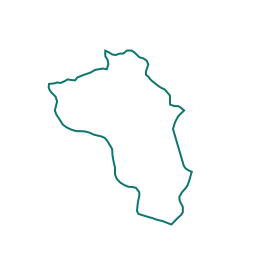 outline of Barra Bonita, São Paulo, Brazil, rotated 31°
{"feature_id": "56859067B6944721508308", "entity_name": "Barra Bonita", "entity_type": "district", "adm_level": 2, "iso_a3": "BRA", "parent_name": "Brazil", "parent_adm1": "São Paulo", "projection": "mercator", "projection_center": [-48.547, -22.479], "detail": "fine", "context": "isolated", "style": "outline", "palette": "teal", "viewbox_px": 256, "rotation_deg": 31, "n_neighbors": 0, "source": "geoboundaries", "source_scale": "gbopen_adm2", "svg_char_len": 1474}
<svg xmlns="http://www.w3.org/2000/svg" viewBox="0 0 256 256"><g transform="rotate(31 128 128)"><path d="M160.0,83.3L156.5,85.4L152.0,86.2L147.1,78.5L139.8,76.1L136.4,76.4L133.7,76.4L130.5,76.1L124.9,75.4L121.8,74.7L119.3,73.6L116.0,73.1L114.3,70.4L112.7,63.1L109.5,60.7L105.5,60.4L101.2,61.5L94.6,59.9L91.1,59.8L87.2,62.1L85.6,66.6L82.6,68.5L79.9,71.7L76.7,73.1L72.6,73.0L68.7,73.4L70.2,76.1L71.8,78.3L75.4,80.1L78.4,83.5L79.5,88.6L75.8,90.0L69.9,95.1L67.2,100.0L64.0,103.7L61.5,106.8L58.5,110.8L58.1,114.4L55.1,115.9L51.3,117.4L48.6,122.0L46.9,124.2L43.9,125.4L42.0,127.6L37.6,130.9L39.0,133.9L41.2,135.8L44.3,137.1L49.9,138.5L53.6,141.8L56.3,150.7L60.0,153.6L63.7,155.3L66.7,156.8L70.5,158.7L75.1,159.1L80.8,158.5L85.3,157.3L90.3,154.4L93.5,152.9L96.9,151.9L102.5,151.2L109.7,148.9L113.0,148.5L116.7,149.6L121.2,152.0L125.2,154.2L126.9,156.6L128.8,159.5L131.0,162.0L134.4,165.7L137.2,168.6L140.7,174.4L143.5,176.6L146.3,178.0L149.9,178.8L153.0,178.8L156.3,178.6L159.1,178.0L161.6,176.5L165.5,175.2L170.7,177.2L172.3,179.7L175.2,187.6L178.4,194.4L181.1,196.2L184.1,195.6L192.4,193.5L195.0,192.7L199.0,192.0L205.9,189.9L212.0,188.9L214.9,188.3L216.7,180.5L218.4,174.8L218.3,171.8L215.7,167.5L213.2,165.9L209.9,163.9L207.5,160.7L207.3,155.8L208.5,149.2L208.5,146.0L207.7,142.0L205.2,132.7L201.9,133.1L198.2,133.0L195.2,131.6L167.1,105.7L166.3,102.7L165.3,98.6L165.0,93.0L165.5,89.7L167.1,84.1L163.7,83.5L160.0,83.3Z" fill="none" stroke="#0f766e" stroke-width="2"/></g></svg>